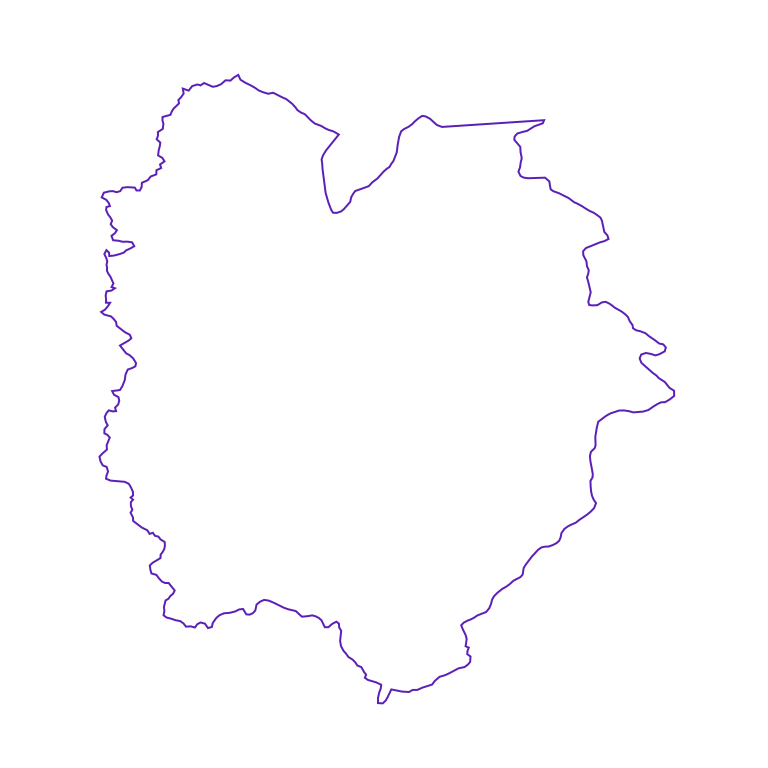 Mumias East, Western, Kenya, rotated 86°
{"feature_id": "3690345B49414507598309", "entity_name": "Mumias East", "entity_type": "district", "adm_level": 2, "iso_a3": "KEN", "parent_name": "Kenya", "parent_adm1": "Western", "projection": "robinson", "projection_center": [34.565, 0.336], "detail": "fine", "context": "isolated", "style": "outline", "palette": "violet", "viewbox_px": 768, "rotation_deg": 86, "n_neighbors": 0, "source": "geoboundaries", "source_scale": "gbopen_adm2", "svg_char_len": 6132}
<svg xmlns="http://www.w3.org/2000/svg" viewBox="0 0 768 768"><g transform="rotate(86 384 384)"><path d="M548.7,630.3L553.0,630.0L556.8,629.2L558.5,624.4L562.4,621.9L565.5,619.4L567.2,616.4L567.5,612.7L575.4,607.2L578.5,609.0L580.6,612.0L583.1,613.9L584.7,617.0L591.2,619.1L594.9,618.9L599.4,620.0L601.8,617.2L603.2,612.9L605.2,608.1L606.3,603.8L608.9,600.7L612.2,598.5L612.3,593.7L613.7,589.6L610.6,587.0L609.1,583.7L610.6,579.3L615.2,576.6L614.3,572.6L610.5,571.5L608.1,569.6L605.6,567.5L603.1,564.1L601.6,559.7L601.5,553.8L600.5,548.2L598.8,544.3L598.6,540.3L604.2,537.4L604.7,534.2L603.6,531.0L601.0,528.2L595.1,526.5L592.4,522.6L591.0,518.6L592.1,513.9L594.7,508.9L600.2,499.5L602.1,495.1L604.3,487.9L610.4,482.1L610.3,476.6L609.8,471.7L611.0,468.3L613.0,465.1L615.5,462.8L622.5,460.0L622.7,456.4L619.8,452.6L617.8,448.1L619.9,445.7L623.7,445.7L627.2,443.9L637.1,445.7L642.4,445.2L647.2,443.1L650.3,440.7L653.8,438.6L656.7,434.6L659.5,432.2L663.0,430.2L664.8,426.4L669.5,424.2L672.8,422.1L675.7,423.6L678.1,420.7L681.1,412.6L683.8,407.8L687.3,408.4L691.2,410.2L696.4,411.8L701.9,412.3L702.5,407.5L699.8,404.3L696.8,402.3L689.2,398.0L692.1,387.4L693.0,380.5L691.2,376.8L691.5,372.2L689.5,366.6L687.2,357.0L683.8,354.1L680.0,349.1L678.7,343.3L677.0,338.8L672.8,329.4L672.0,323.4L669.6,319.7L667.3,317.5L661.9,316.7L659.3,319.8L656.0,319.3L652.9,317.8L651.3,320.9L644.1,319.3L640.1,320.1L633.9,322.6L630.1,323.8L627.7,321.2L626.0,317.5L624.9,313.9L623.6,310.8L621.4,307.0L618.6,298.1L615.1,294.7L610.7,292.5L606.6,291.2L603.4,289.1L600.0,285.2L596.6,280.2L594.7,276.2L592.3,272.4L589.2,268.5L586.1,261.3L583.8,259.0L577.3,257.5L574.3,255.4L566.4,248.5L560.2,241.9L558.0,238.4L557.5,234.8L557.6,231.0L556.4,226.7L554.7,222.9L552.5,220.1L549.3,218.5L545.1,217.4L541.1,214.1L538.8,210.4L537.4,207.1L535.8,202.5L532.9,198.2L528.6,190.7L525.9,186.9L522.4,183.0L517.6,180.8L513.8,183.0L509.9,184.3L505.6,184.9L500.5,185.0L495.0,184.8L491.8,182.5L488.3,182.0L475.0,183.5L470.2,183.6L466.1,182.3L462.7,178.3L459.9,177.2L451.5,176.9L442.1,174.7L436.6,172.9L431.9,165.7L430.3,162.8L429.0,159.7L426.9,151.4L427.1,146.4L428.3,141.2L429.7,137.4L429.6,127.4L428.4,122.1L425.3,116.9L423.1,112.7L421.6,108.9L421.7,104.8L419.3,100.0L416.2,95.4L411.0,95.1L407.7,99.5L401.5,103.8L397.4,109.4L394.5,111.7L391.6,115.2L380.9,125.7L376.4,127.2L372.6,125.4L371.3,120.7L372.6,115.7L374.4,111.3L373.5,107.2L371.0,101.7L367.2,100.3L363.9,102.7L362.8,106.7L359.2,110.7L354.6,116.5L351.6,119.6L349.4,124.3L347.9,128.9L345.7,131.7L342.5,132.0L338.3,134.6L334.3,135.9L331.5,138.3L328.2,142.0L324.1,148.3L321.5,151.1L319.5,153.6L317.5,157.1L317.8,161.0L320.2,165.5L320.2,170.0L319.6,173.7L316.4,174.5L307.0,171.4L296.9,173.0L291.8,174.1L288.3,172.6L284.7,171.8L280.7,173.3L275.7,173.5L269.4,176.2L265.4,176.1L262.5,173.1L257.7,158.5L256.9,154.3L255.0,149.9L251.3,150.8L247.7,153.6L236.4,155.2L233.2,156.4L230.6,159.3L227.9,162.7L225.7,166.8L223.2,170.4L220.4,174.1L217.4,178.8L215.9,181.7L211.5,186.7L205.8,196.3L203.5,201.6L201.5,204.1L198.0,204.6L193.4,204.9L189.4,209.0L188.8,225.8L187.9,230.2L186.0,233.3L181.6,235.1L177.4,233.2L172.2,232.1L168.7,230.9L165.8,231.1L162.4,231.6L157.0,231.5L149.4,237.0L146.2,236.4L143.4,233.5L142.2,228.2L141.5,223.6L137.4,216.0L135.0,207.4L132.0,205.9L131.6,308.2L129.3,313.2L122.7,319.5L120.0,323.7L119.2,327.2L121.3,331.0L124.3,335.1L126.5,337.4L129.2,341.7L131.1,346.3L133.2,349.3L138.6,351.7L146.1,353.6L154.0,355.2L162.3,359.1L165.0,361.5L167.8,363.3L169.6,366.4L172.1,369.6L178.5,376.2L182.0,381.6L185.6,385.4L189.5,399.3L192.4,401.7L195.4,403.7L200.0,405.0L206.9,412.0L208.9,414.9L210.0,419.2L209.6,422.9L206.6,424.5L203.1,425.6L198.7,426.9L189.3,428.9L165.4,430.3L159.1,430.3L155.7,430.6L151.7,428.9L147.0,425.6L132.0,411.7L128.6,416.6L126.7,421.4L125.0,424.6L122.1,428.8L119.3,434.9L115.9,438.6L109.3,444.2L107.3,448.1L104.6,451.4L101.9,453.0L98.1,456.0L92.9,461.7L91.2,465.1L85.7,474.3L86.4,479.2L84.5,484.3L82.5,488.4L79.4,492.2L76.5,496.6L73.9,501.2L70.4,506.0L65.5,507.8L67.6,512.1L70.6,516.0L70.0,520.9L73.6,525.7L75.1,529.9L75.6,534.0L71.2,542.5L73.3,546.2L72.2,549.2L73.4,554.5L77.7,558.4L75.3,564.1L80.3,563.6L83.8,566.4L86.4,569.3L89.8,568.9L94.8,574.9L97.6,576.8L100.6,578.3L102.2,586.3L105.5,586.6L109.1,585.9L114.1,586.9L116.9,592.0L120.4,592.1L124.0,593.7L127.6,590.3L131.2,591.1L135.4,592.5L140.2,593.4L143.0,589.3L146.6,587.4L149.4,592.1L153.0,591.2L154.9,596.1L159.0,596.5L160.7,602.2L164.2,605.4L166.4,611.5L170.5,612.0L173.9,614.0L173.7,617.4L170.7,618.9L169.7,626.4L170.0,631.2L173.2,633.7L174.0,637.3L172.6,641.4L172.7,645.1L173.6,650.1L178.2,652.6L180.9,648.2L184.3,645.9L187.4,645.0L188.1,648.5L191.1,649.1L195.7,647.4L198.8,645.3L202.1,643.8L205.5,645.5L208.6,643.6L211.9,639.7L214.7,641.8L217.2,645.5L221.7,644.2L222.6,638.8L223.9,634.7L224.1,630.0L225.1,625.4L229.1,623.5L231.1,627.6L232.7,631.9L234.8,634.4L235.9,638.5L237.0,644.1L237.2,649.1L233.7,649.1L231.1,651.6L234.8,653.9L239.2,652.2L242.4,651.5L245.6,652.5L248.6,652.1L251.7,652.5L254.5,651.4L258.0,649.4L264.8,646.9L268.3,649.0L269.7,645.8L271.8,649.4L272.2,654.3L276.4,655.5L279.9,655.3L283.5,655.7L283.9,651.6L287.4,654.2L290.4,657.2L292.4,661.1L295.2,658.3L297.6,651.5L300.7,648.8L303.4,647.0L307.3,646.6L314.2,638.9L317.2,634.1L320.7,632.9L322.7,635.4L327.2,644.7L335.4,639.1L337.4,635.9L341.0,632.4L345.9,629.9L349.0,630.8L350.5,634.1L351.7,638.6L356.5,641.2L361.9,642.3L367.8,645.1L371.6,647.8L372.1,655.7L375.8,654.1L378.6,649.8L382.2,649.3L385.9,650.6L388.8,653.9L392.4,653.2L392.4,656.5L391.1,660.4L393.7,662.9L397.4,664.9L402.4,664.1L406.0,662.5L409.5,666.0L413.7,666.4L415.4,663.5L418.3,661.3L425.6,664.9L430.1,665.0L433.6,669.6L436.6,672.9L441.4,672.2L445.6,670.2L447.4,666.4L452.1,665.4L456.2,667.3L459.1,667.9L461.3,663.5L463.5,649.4L465.8,645.5L469.6,643.6L474.0,642.0L477.7,642.1L479.6,644.7L481.9,642.4L484.3,644.8L488.2,645.0L491.9,643.8L494.7,645.8L499.6,643.7L503.1,643.8L510.3,635.6L513.4,630.3L517.2,628.3L516.3,625.0L519.5,623.0L520.5,619.7L523.4,617.8L526.3,613.8L529.9,613.8L533.3,614.7L536.2,616.6L538.6,618.7L542.0,619.1L546.2,627.3L548.7,630.3Z" fill="none" stroke="#5b21b6" stroke-width="2"/></g></svg>